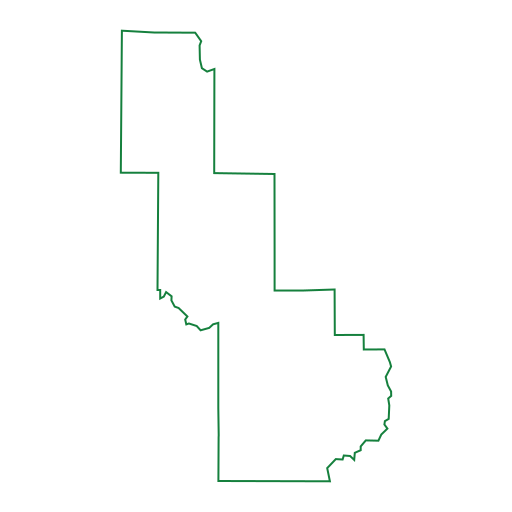 the district of Powell, Montana, United States of America
{"feature_id": "52423323B29288838375907", "entity_name": "Powell", "entity_type": "district", "adm_level": 2, "iso_a3": "USA", "parent_name": "United States of America", "parent_adm1": "Montana", "projection": "albers", "projection_center": [-112.818, 46.933], "detail": "fine", "context": "isolated", "style": "outline", "palette": "green", "viewbox_px": 512, "rotation_deg": 0, "n_neighbors": 0, "source": "geoboundaries", "source_scale": "gbopen_adm2", "svg_char_len": 945}
<svg xmlns="http://www.w3.org/2000/svg" viewBox="0 0 512 512"><path d="M121.9,30.7L120.8,172.7L158.3,172.8L157.5,290.0L160.2,290.0L160.2,298.5L163.8,296.6L166.1,292.1L171.6,296.3L171.4,300.4L174.7,306.6L178.6,308.0L187.4,316.5L185.2,319.5L186.3,324.4L188.9,323.5L196.7,326.0L200.6,330.3L209.2,327.9L213.1,324.3L218.3,322.9L218.3,407.8L218.7,435.4L218.6,437.2L218.4,481.0L329.9,481.3L327.2,468.1L335.8,459.1L342.6,459.5L343.8,455.5L350.1,456.0L354.2,459.9L354.8,452.8L360.7,450.2L360.7,446.4L365.8,440.4L378.4,440.7L381.3,434.5L387.4,428.6L384.4,424.5L384.9,421.1L388.7,418.9L389.3,405.4L388.2,398.5L391.2,395.9L391.1,391.5L387.8,385.4L385.7,376.9L391.1,366.5L389.9,362.2L384.5,349.4L363.8,349.5L363.6,334.9L334.8,335.0L334.6,289.5L304.0,290.5L274.6,290.5L274.6,254.2L274.5,174.0L214.2,173.1L214.4,69.0L207.1,71.6L201.9,68.2L199.9,59.6L199.6,45.4L201.2,41.2L195.2,32.7L153.9,32.5L121.9,30.7Z" fill="none" stroke="#15803d" stroke-width="2"/></svg>